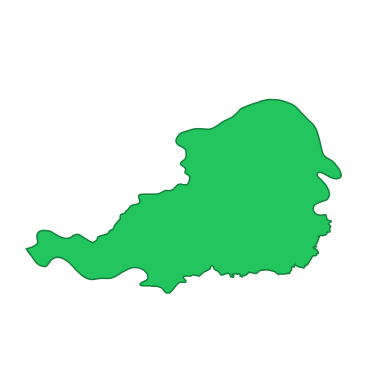 the district of Nhon Trach, Hồ Chí Minh city, Vietnam, rotated 106°
{"feature_id": "81297802B6615511759285", "entity_name": "Nhon Trach", "entity_type": "district", "adm_level": 2, "iso_a3": "VNM", "parent_name": "Vietnam", "parent_adm1": "Hồ Chí Minh city", "projection": "equal_earth", "projection_center": [106.926, 10.654], "detail": "fine", "context": "isolated", "style": "filled", "palette": "green", "viewbox_px": 384, "rotation_deg": 106, "n_neighbors": 0, "source": "geoboundaries", "source_scale": "gbopen_adm2", "svg_char_len": 5958}
<svg xmlns="http://www.w3.org/2000/svg" viewBox="0 0 384 384"><g transform="rotate(106 192 192)"><path d="M292.4,335.5L292.5,335.1L294.8,332.9L296.6,330.3L301.9,323.5L303.3,321.3L304.0,319.7L304.4,318.3L304.5,316.8L304.5,314.2L304.3,313.2L304.0,312.3L303.5,311.7L302.7,311.1L300.4,310.2L297.2,309.1L296.2,308.6L294.6,307.4L293.6,306.5L292.7,305.3L292.1,304.0L291.4,301.5L291.3,300.2L291.5,298.0L292.0,295.7L293.0,292.4L293.9,290.3L296.5,285.8L298.7,282.4L302.6,274.7L303.2,272.8L304.0,269.3L304.1,267.4L303.9,264.8L303.1,262.5L300.6,256.9L299.8,255.0L298.3,248.9L297.2,246.3L295.0,243.1L292.8,240.8L288.1,236.8L282.9,231.1L281.1,228.4L280.1,225.4L279.8,223.9L279.6,221.0L280.0,218.4L280.5,216.5L281.3,215.1L282.8,212.9L283.6,212.0L285.6,211.0L286.5,210.7L288.1,210.8L288.9,211.2L290.1,212.3L292.9,215.5L293.5,216.0L294.6,216.5L295.5,216.3L295.7,216.0L296.0,214.7L293.8,206.4L293.4,203.8L292.3,199.8L292.3,198.6L292.5,195.1L293.1,193.6L295.6,190.2L295.9,189.5L296.0,188.8L295.8,187.6L295.5,186.4L295.1,185.7L294.3,185.0L292.2,183.9L287.3,181.9L284.5,180.6L282.5,179.1L281.7,177.4L281.1,174.9L280.5,173.7L280.1,173.2L279.3,173.3L278.9,173.5L277.5,175.8L276.5,177.1L275.9,177.0L275.3,176.5L274.1,173.7L273.5,171.0L273.1,170.1L271.9,168.9L271.5,168.4L271.2,167.2L271.0,163.1L270.6,161.7L267.2,159.6L266.1,158.8L265.0,157.8L264.1,156.6L263.4,156.2L263.1,155.6L260.9,153.4L258.0,153.3L257.5,152.9L257.3,151.8L257.7,151.1L258.8,150.1L260.1,149.3L261.0,145.2L262.0,143.4L263.5,141.7L263.7,141.0L263.4,139.9L261.6,137.5L260.3,135.0L260.2,134.4L260.3,133.6L260.7,132.9L261.7,132.2L262.4,131.8L262.8,131.3L262.9,130.8L262.5,128.7L261.9,128.4L261.5,128.5L261.1,128.8L260.7,130.4L260.2,130.5L259.6,130.1L259.4,129.7L259.4,129.3L259.1,128.4L258.5,127.3L258.2,127.0L258.2,126.6L258.6,126.1L258.7,125.6L257.8,125.1L257.7,124.7L258.1,123.0L258.2,122.6L259.5,122.7L259.9,120.3L259.7,120.1L258.4,120.0L258.2,119.6L258.0,118.8L257.2,117.6L256.4,116.9L255.0,115.9L253.0,114.9L253.0,114.6L253.3,114.2L253.4,113.9L252.9,111.5L253.1,110.2L252.8,108.0L252.2,107.3L249.2,105.5L248.6,104.9L247.5,102.2L247.4,101.5L246.5,99.9L245.8,95.7L245.8,93.6L245.7,90.4L246.8,88.2L247.1,86.6L247.4,86.1L247.0,85.8L246.7,85.1L245.3,80.3L244.2,78.3L243.4,75.8L243.0,75.6L241.6,75.7L241.1,75.6L240.0,74.9L239.2,74.8L237.1,75.8L236.5,75.5L236.4,75.3L236.2,73.6L236.0,73.2L235.4,73.6L234.7,73.0L233.9,73.3L233.1,72.7L233.6,72.3L234.1,71.5L234.2,71.0L234.2,69.6L234.5,68.8L234.5,66.9L234.1,65.8L234.3,64.1L234.2,63.6L233.8,63.2L231.8,63.4L231.6,62.2L230.2,62.1L230.2,61.4L229.7,61.4L229.7,60.8L224.3,59.5L223.7,59.2L220.4,58.3L219.7,57.9L219.7,56.7L219.5,56.2L218.9,55.7L218.8,55.0L218.4,54.8L216.8,54.9L216.2,53.8L215.4,53.9L215.0,54.1L213.3,55.9L212.5,57.9L212.3,58.5L212.3,59.7L212.0,60.0L211.3,60.1L210.3,57.3L208.8,58.8L208.1,58.6L207.0,57.8L202.2,57.4L201.9,57.5L201.4,57.9L201.0,57.9L200.7,57.7L200.5,57.1L200.2,57.0L199.9,57.1L199.7,57.9L198.3,56.7L197.9,54.2L196.8,52.1L196.3,51.7L194.7,50.8L194.0,51.2L193.4,51.2L193.2,51.0L192.8,49.0L192.4,48.6L191.4,48.5L190.5,49.1L189.3,49.6L188.3,49.5L187.4,49.1L186.9,49.2L186.1,50.3L185.4,51.6L184.8,52.0L184.2,51.9L183.7,51.5L182.6,50.3L182.0,50.0L181.6,50.2L181.5,50.5L181.4,51.0L181.6,53.6L181.3,54.3L181.1,54.6L176.9,57.2L178.6,61.1L179.0,62.6L179.2,64.6L179.1,65.7L178.9,66.5L178.0,68.4L176.4,70.0L175.4,70.7L174.5,71.0L173.3,71.1L172.0,71.0L170.9,70.5L169.7,69.7L168.5,68.7L166.4,66.1L162.6,60.6L161.3,59.7L160.6,59.5L158.6,59.1L156.8,59.2L155.6,59.5L152.9,61.0L149.6,64.0L147.9,66.0L144.5,71.4L142.8,74.9L142.5,75.3L142.0,75.8L140.7,76.5L140.0,76.6L139.2,76.5L138.4,75.8L138.1,75.2L137.7,73.4L137.8,71.3L138.4,68.5L139.6,63.7L139.8,62.3L139.9,60.7L139.8,58.6L139.6,57.2L139.4,56.5L138.8,55.4L138.1,54.4L137.3,53.6L136.7,53.2L136.1,53.1L134.8,53.2L132.3,54.5L130.9,55.6L129.4,57.1L125.0,63.0L123.6,65.6L121.8,72.5L120.2,75.6L118.5,77.1L116.5,78.4L107.2,83.6L100.7,87.6L98.1,89.5L96.9,90.5L95.4,92.1L93.6,94.4L93.0,95.3L90.6,100.3L81.5,115.9L80.4,119.2L80.0,121.2L79.5,126.8L79.5,131.4L79.6,133.4L80.1,136.4L81.6,142.6L82.1,144.2L85.5,150.5L87.8,153.5L91.3,158.9L97.3,166.7L97.9,167.4L99.6,168.6L102.3,169.8L106.3,172.2L108.9,174.0L110.4,175.5L114.5,180.2L116.6,182.3L120.4,185.2L123.7,188.2L125.7,190.6L127.1,193.1L127.9,196.5L128.9,201.7L129.8,204.9L131.6,208.7L137.8,218.2L139.2,219.5L140.4,220.3L143.6,221.3L145.2,221.6L147.0,221.7L148.8,220.7L149.9,219.5L150.4,218.6L150.9,217.1L151.6,213.3L152.3,210.9L154.0,209.2L155.2,208.7L158.3,207.7L159.5,207.5L160.7,207.5L161.6,207.6L162.8,208.1L165.8,210.2L166.8,210.7L167.4,210.9L168.0,210.8L168.8,210.2L169.2,209.3L170.1,206.6L170.7,205.3L172.3,204.2L173.0,204.1L174.8,204.3L175.3,204.1L175.8,203.5L176.1,202.9L176.6,200.6L176.9,200.1L177.7,198.7L178.1,198.3L180.2,197.8L183.4,197.8L184.5,198.0L186.3,198.7L186.8,199.7L187.3,201.9L187.5,204.7L187.9,206.2L189.0,207.6L190.2,208.4L191.5,209.2L194.1,210.4L194.9,210.9L196.6,213.2L197.1,214.8L197.9,218.1L201.5,221.9L203.0,223.8L203.7,225.1L207.1,236.8L208.1,239.8L208.9,241.3L209.3,241.8L209.9,242.1L210.7,242.2L212.3,241.5L214.4,240.0L215.1,239.8L215.9,239.6L217.4,239.8L218.0,240.3L218.5,241.0L221.2,245.8L222.0,246.7L223.0,247.3L226.3,248.6L229.0,250.5L230.3,250.6L230.9,250.8L231.5,251.4L232.7,253.5L233.1,253.9L233.7,254.3L234.4,254.4L235.8,254.2L237.5,253.6L238.0,253.6L240.6,255.1L245.1,257.1L249.3,257.7L249.8,258.1L251.8,260.3L252.4,260.6L254.3,261.1L255.0,261.5L255.9,262.4L256.5,263.1L259.7,268.3L261.0,270.0L261.6,270.3L263.3,270.1L264.3,270.2L264.8,270.5L266.6,271.9L268.1,273.4L267.3,277.8L265.6,283.7L264.5,287.3L264.2,289.5L264.2,290.2L264.6,291.3L265.3,292.5L266.5,294.0L269.1,296.0L270.0,297.2L270.7,298.4L271.3,300.5L271.7,302.4L271.7,304.5L271.3,307.5L269.8,313.7L268.9,316.5L268.8,318.6L269.2,321.1L269.7,323.6L270.3,325.4L271.4,327.1L272.4,328.2L273.7,328.9L275.8,329.2L277.3,328.9L280.2,327.7L281.9,326.7L283.2,326.3L285.0,326.8L287.2,328.6L288.9,330.4L292.4,335.5Z" fill="#22c55e" stroke="#15803d" stroke-width="1.5"/></g></svg>